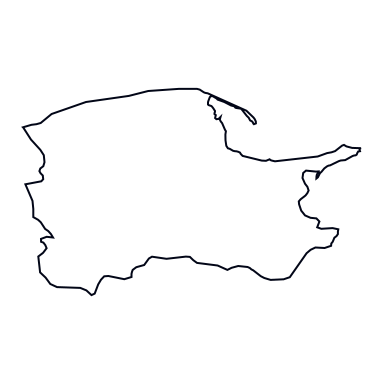 SVG path tracing the border of Pomeranian
{"feature_id": "POL-3140", "entity_name": "Pomeranian", "entity_type": "Voivodeship", "adm_level": 1, "iso_a3": "POL", "parent_name": "Poland", "parent_adm1": "", "projection": "robinson", "projection_center": [18.491, 54.136], "detail": "fine", "context": "isolated", "style": "outline", "palette": "ink", "viewbox_px": 384, "rotation_deg": 0, "n_neighbors": 0, "source": "natural_earth", "source_scale": "10m", "svg_char_len": 2672}
<svg xmlns="http://www.w3.org/2000/svg" viewBox="0 0 384 384"><path d="M344.0,144.9L346.4,146.4L352.1,147.9L361.0,148.2L360.5,148.4L359.3,148.3L359.5,149.0L359.8,150.6L360.0,151.2L358.2,151.5L357.3,153.0L356.7,154.6L355.7,155.3L354.1,155.5L352.6,156.0L345.2,160.1L340.7,160.5L338.9,161.1L330.0,165.4L328.6,165.6L327.1,166.3L324.3,168.4L321.4,171.9L320.7,172.5L319.9,173.3L317.9,177.3L316.4,178.5L316.5,176.3L316.9,174.5L317.7,173.2L318.8,172.5L318.8,171.4L316.1,171.6L306.0,170.6L303.2,173.0L302.5,178.0L305.0,183.7L307.4,186.8L308.6,190.5L307.3,193.2L305.5,195.5L300.6,199.3L298.8,201.4L299.1,204.3L301.2,210.6L305.0,215.4L310.5,217.8L316.4,218.4L319.4,221.5L317.2,227.3L321.3,228.8L332.6,228.1L338.3,229.3L337.9,231.6L337.9,234.1L336.5,236.1L334.4,237.7L332.7,241.8L331.3,243.5L331.1,245.8L324.6,248.0L315.4,247.5L310.6,249.8L306.6,253.2L289.8,277.2L283.6,279.3L270.6,279.9L264.3,278.0L260.8,276.2L253.2,270.3L251.4,269.4L249.8,268.0L247.6,267.0L238.2,266.0L231.6,267.8L227.4,269.9L217.6,265.5L197.0,262.9L193.3,260.2L189.9,256.9L185.9,256.6L166.5,258.8L152.0,256.7L148.9,258.5L144.2,265.0L136.3,267.2L132.7,269.9L132.0,271.8L131.5,273.9L131.5,277.0L124.3,279.2L108.4,276.0L104.2,276.3L101.0,279.7L98.2,284.4L94.7,293.6L91.5,295.1L86.4,290.4L80.3,287.9L57.0,287.1L50.3,284.0L45.6,277.6L40.1,272.4L38.3,256.5L43.1,252.8L46.6,248.2L45.3,245.1L43.4,242.6L41.1,241.8L41.0,238.9L46.7,236.8L53.0,237.5L50.9,234.0L48.3,231.1L45.1,228.9L40.8,222.3L38.1,219.8L33.3,217.1L33.3,209.0L32.5,200.9L25.4,184.3L41.3,181.3L43.2,179.2L42.8,175.5L40.6,173.3L39.4,171.1L40.3,168.5L43.3,166.2L44.5,162.2L43.8,155.2L40.3,149.8L31.0,139.6L23.3,127.6L23.0,127.3L31.5,124.8L36.4,124.2L40.7,123.0L51.6,114.0L86.0,102.0L128.9,95.9L148.2,91.0L178.4,88.9L197.1,88.9L199.7,89.6L203.8,92.3L205.3,92.9L207.7,93.3L246.4,110.7L253.5,117.5L254.7,119.1L255.8,121.4L255.9,123.4L253.9,124.2L253.4,123.7L252.9,122.6L252.2,121.5L250.1,120.4L248.7,117.7L246.8,115.9L241.4,109.0L240.4,108.6L236.4,108.0L235.4,107.7L234.3,106.3L231.1,105.5L224.3,102.0L217.6,99.6L216.6,98.5L212.9,96.3L211.9,96.0L210.5,96.5L209.8,97.2L208.2,101.4L208.0,102.4L208.0,104.5L208.6,105.1L211.3,106.0L211.9,106.5L213.3,108.3L215.0,111.0L214.9,112.1L214.5,113.1L214.5,114.1L215.8,115.1L215.1,118.0L216.4,119.2L218.6,118.9L220.5,117.0L219.8,119.5L220.7,121.4L222.1,123.1L225.0,129.8L225.9,131.2L225.4,134.5L225.5,140.3L226.3,145.8L227.9,148.3L229.7,148.8L233.1,150.8L234.9,151.2L236.4,151.3L238.3,151.8L240.0,152.6L240.7,153.9L242.6,155.9L261.8,160.6L266.0,160.8L269.6,159.3L270.5,160.1L271.9,160.6L275.0,161.3L317.7,156.5L327.1,153.1L331.5,152.3L335.1,151.1L342.1,145.6L344.0,144.9Z" fill="none" stroke="#020617" stroke-width="2"/></svg>